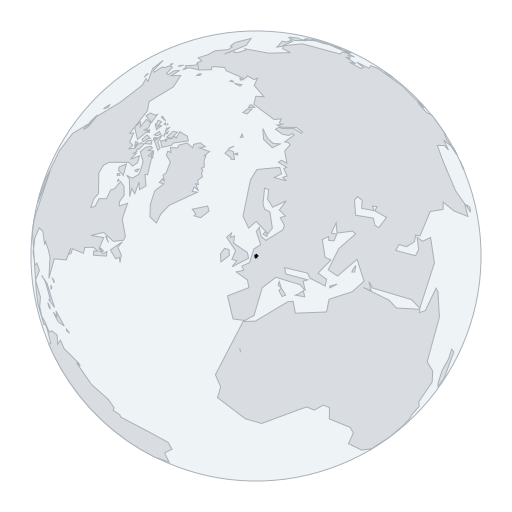 Antwerp highlighted on a globe, orthographic projection, rotated 341°
{"feature_id": "BEL-3480", "entity_name": "Antwerp", "entity_type": "Province", "adm_level": 1, "iso_a3": "BEL", "parent_name": "Belgium", "parent_adm1": "", "projection": "orthographic", "projection_center": [4.639, 51.244], "detail": "fine", "context": "on_globe", "style": "filled", "palette": "ink", "viewbox_px": 512, "rotation_deg": 341, "n_neighbors": 0, "source": "natural_earth", "source_scale": "10m", "svg_char_len": 11083}
<svg xmlns="http://www.w3.org/2000/svg" viewBox="0 0 512 512"><g transform="rotate(341 256 256)"><circle cx="256" cy="256" r="225" fill="#eef3f6" stroke="#a8b0b8"/><path d="M32.1,281.2L32.0,279.6L31.4,272.2L33.5,271.6L34.8,257.3L34.6,251.6L33.2,251.9L34.1,230.8L36.9,217.2L52.7,159.8L57.2,151.1L61.7,144.2L89.2,108.4L66.9,134.6L73.4,125.0L82.8,113.4L82.6,114.2L95.7,101.2L104.6,92.4L122.6,80.4L139.8,76.7L133.9,80.3L138.7,79.4L146.5,75.0L150.4,72.3L177.5,66.5L204.1,57.5L209.7,52.4L210.7,55.7L219.3,45.1L231.9,40.8L219.4,47.2L219.4,49.1L228.9,46.7L231.0,48.2L236.7,48.1L238.4,50.3L230.9,54.3L231.8,56.0L238.5,54.2L244.3,55.7L234.4,57.9L243.6,60.9L232.8,69.2L205.1,75.2L200.8,83.2L176.6,98.9L180.4,99.9L173.7,107.1L175.6,111.0L170.6,113.2L176.5,114.6L180.7,111.9L184.7,111.7L186.3,113.9L180.1,116.9L178.4,116.3L177.4,118.3L173.7,119.0L176.4,119.9L168.7,123.6L178.5,123.4L174.3,129.3L168.6,130.8L166.4,126.1L147.7,119.6L141.3,120.5L134.5,126.1L127.4,145.7L121.5,148.9L115.5,156.5L120.0,156.6L126.3,150.7L133.2,153.2L140.1,146.2L144.0,146.4L152.2,141.4L153.9,147.2L151.1,155.7L144.4,160.3L143.0,164.3L151.8,164.3L141.5,177.5L138.9,194.9L135.9,198.0L125.8,195.6L119.7,184.1L106.6,182.8L118.0,189.0L110.4,197.5L110.4,201.3L112.6,204.2L116.6,203.2L114.6,207.4L102.6,202.4L104.2,198.4L108.0,199.9L105.1,194.8L96.9,192.2L93.7,197.2L84.7,189.4L82.3,193.0L79.0,193.6L83.5,188.3L75.3,197.9L64.3,193.0L52.9,209.7L60.9,190.0L61.7,181.9L61.7,173.9L59.8,176.5L62.5,163.6L60.3,158.7L52.7,167.0L46.4,180.1L44.0,192.9L46.5,191.4L46.5,199.4L39.7,206.9L38.8,224.6L35.0,233.5L33.8,243.5L35.0,249.9L35.7,260.6L38.6,260.2L42.2,266.0L39.8,274.7L43.7,271.9L44.4,281.1L53.0,298.6L51.7,299.2L58.6,323.9L69.8,343.7L72.4,353.4L70.7,355.4L75.5,361.7L75.6,364.2L98.0,388.0L112.2,403.6L113.7,411.4L105.5,412.4L106.7,422.7L94.3,412.8L95.0,413.6L83.9,401.3L73.6,388.3L64.4,374.5L56.2,360.1L49.1,345.1L43.1,329.6L38.3,313.8L34.6,297.6L32.1,281.2ZM49.5,214.0L48.7,239.1L46.0,230.0L47.1,230.5L47.9,223.0L48.5,211.8L47.0,204.5L49.5,214.0ZM56.3,213.5L56.1,209.9L56.7,212.8L56.3,213.5ZM151.8,71.0L146.4,74.8L138.6,78.5L142.9,75.1L151.8,71.0ZM166.9,65.3L164.9,67.2L159.7,67.3L162.5,66.2L166.9,65.3ZM213.2,48.7L208.4,50.4L212.3,48.3L213.2,48.7ZM237.2,47.7L237.9,46.8L240.6,47.2L237.2,47.7ZM150.7,138.6L151.4,140.0L149.5,140.2L150.7,138.6ZM153.6,135.3L150.9,134.6L151.8,132.9L153.5,133.4L153.6,135.3ZM245.6,51.0L249.7,52.0L244.2,51.6L245.6,51.0ZM156.7,136.7L153.9,130.1L155.7,127.2L163.4,126.8L156.7,136.7ZM251.2,53.1L261.3,56.0L263.7,54.2L262.5,61.5L254.4,56.3L247.3,56.0L251.4,54.8L251.2,53.1ZM181.4,110.1L177.0,113.1L179.2,108.6L181.4,110.1ZM181.9,107.3L183.2,94.6L190.5,91.6L188.6,96.3L196.9,91.1L199.9,95.8L196.0,99.8L190.6,100.7L195.8,101.9L181.9,107.3ZM260.3,65.3L261.6,66.8L258.8,66.1L260.3,65.3ZM186.5,111.2L186.1,108.8L192.4,106.0L194.4,110.4L191.7,109.9L186.5,111.2ZM197.7,87.6L202.7,86.4L206.5,89.9L209.0,90.0L200.6,95.7L197.7,87.6ZM191.1,111.6L195.2,112.7L193.6,116.2L187.3,113.5L191.1,111.6ZM193.3,103.5L196.4,102.4L195.3,104.4L193.3,103.5ZM190.3,129.5L189.7,126.3L192.9,124.5L190.3,129.5ZM196.9,112.9L197.4,111.7L198.6,110.7L200.9,112.2L196.9,112.9ZM203.8,97.9L204.3,99.6L207.5,95.7L210.4,98.3L204.3,101.8L208.1,101.4L209.1,102.2L203.0,104.2L203.8,97.9ZM206.9,110.8L200.1,116.5L200.6,122.5L197.7,124.2L197.5,114.2L206.9,110.8ZM205.2,106.7L205.6,109.6L201.8,110.1L199.2,108.4L205.2,106.7ZM214.6,99.0L211.7,94.0L213.1,93.4L214.6,99.0ZM207.8,112.4L209.4,111.0L208.3,112.8L207.8,112.4ZM213.4,102.9L212.1,101.2L213.8,100.6L213.4,102.9ZM213.7,109.8L211.5,111.6L209.6,110.5L213.7,109.8ZM214.1,106.6L216.7,106.2L210.3,109.0L213.3,105.9L214.1,106.6ZM215.1,102.6L215.7,101.7L215.4,103.5L215.1,102.6ZM222.0,113.3L214.3,117.2L210.2,114.5L218.2,111.1L222.0,113.3ZM479.2,225.8L478.8,223.6L478.7,225.6L476.2,215.6L471.3,207.5L472.5,218.4L470.0,212.8L463.4,210.5L463.7,226.1L465.9,259.1L470.3,274.7L469.2,287.6L458.0,278.0L450.5,266.0L448.0,272.9L435.2,270.6L417.5,290.5L413.7,288.2L410.6,294.0L401.4,296.2L394.9,291.7L389.9,296.2L406.9,307.7L412.0,302.8L414.4,290.8L418.3,296.3L427.1,295.3L422.4,320.7L393.9,358.7L388.8,347.8L355.4,323.9L355.1,319.0L354.9,318.6L354.3,317.8L353.6,326.3L347.1,320.6L367.4,341.0L371.8,350.9L393.5,359.7L392.0,362.7L398.3,362.8L415.8,345.0L416.4,349.0L409.5,373.5L383.4,411.7L385.6,422.3L381.5,432.6L362.5,446.7L361.3,451.3L351.1,457.0L348.6,459.7L338.8,464.7L323.4,470.7L300.3,476.4L301.0,475.4L292.8,474.0L282.3,463.5L290.4,455.1L289.3,448.8L272.3,433.9L276.2,423.2L271.1,418.9L260.9,420.7L254.8,415.2L248.4,415.2L206.9,416.2L193.0,406.5L173.5,377.4L180.0,368.3L179.0,355.0L222.5,313.7L234.2,317.4L271.2,309.6L276.3,310.9L274.6,322.9L304.5,331.9L311.0,320.7L335.5,321.1L350.0,315.0L350.5,292.0L326.6,301.5L319.8,292.5L336.8,275.9L357.3,267.6L355.3,263.9L340.1,260.7L342.6,250.7L334.6,258.9L339.5,261.6L334.7,267.0L329.9,265.0L330.9,261.3L324.1,262.0L320.9,279.6L325.5,284.2L309.1,292.4L315.2,301.0L311.6,306.9L299.8,294.5L299.2,288.9L279.2,276.3L278.4,282.8L297.2,295.4L292.3,295.2L291.3,304.9L288.2,297.4L267.9,282.6L251.6,288.0L234.7,311.7L224.3,313.3L213.8,308.0L216.1,284.4L239.0,283.6L240.1,275.9L232.1,264.6L239.8,265.5L239.3,261.0L247.7,260.2L256.2,248.7L264.1,246.8L264.3,232.8L268.4,230.0L267.2,239.0L270.5,244.5L290.0,240.0L292.8,236.3L291.4,227.7L296.9,227.8L293.0,220.1L302.6,213.7L287.6,215.3L285.5,206.0L289.6,197.2L286.2,194.6L279.6,208.9L279.3,214.5L283.5,218.7L280.5,235.0L274.5,238.8L267.4,223.3L258.1,227.2L256.7,214.1L275.5,182.3L285.0,174.5L307.3,179.9L306.9,186.6L298.7,187.7L309.2,194.8L306.9,190.3L311.5,190.6L310.7,182.4L313.9,182.2L307.6,174.7L311.4,173.7L315.4,178.4L317.4,166.0L324.5,162.0L323.5,159.3L320.3,157.5L331.5,154.0L330.2,152.2L326.0,152.6L320.7,149.4L315.7,142.5L319.9,141.7L322.2,144.0L333.4,148.0L339.1,154.8L340.3,153.8L336.3,147.8L322.7,142.8L318.5,139.0L325.1,140.3L322.4,139.5L321.6,137.4L324.7,134.6L317.5,132.8L303.3,111.9L307.9,104.9L315.4,108.1L309.9,94.1L315.5,88.3L311.6,88.6L306.4,82.7L304.5,84.4L302.3,84.1L288.0,70.9L287.8,67.5L277.3,63.0L275.3,63.2L274.8,65.4L262.5,61.5L263.7,54.2L268.2,53.9L265.9,49.8L276.3,50.0L283.9,48.6L296.7,51.8L301.6,50.7L300.1,49.3L305.7,47.3L322.2,48.7L315.3,53.6L291.8,54.8L302.0,54.6L301.6,56.6L306.4,57.9L313.5,57.9L313.1,56.6L334.2,68.4L354.9,75.0L348.8,68.6L350.5,66.2L368.7,70.4L401.4,92.5L404.1,91.2L408.0,93.6L413.9,99.9L408.4,96.4L409.4,99.7L405.4,97.1L413.0,106.6L407.6,103.3L416.2,112.8L419.0,112.9L414.3,105.4L424.1,115.5L426.4,113.4L432.8,118.9L449.6,142.7L457.5,159.1L459.2,162.1L459.2,164.7L464.0,176.1L468.0,179.9L469.5,184.2L475.0,203.2L474.2,200.4L474.1,207.0L477.6,219.5L478.0,217.5L479.2,225.8ZM210.6,337.7L210.1,341.9L210.1,342.0L210.6,337.7ZM381.3,269.2L392.0,262.0L383.1,252.1L386.5,248.7L382.3,246.8L382.4,251.5L371.4,245.4L374.6,237.9L371.2,232.9L367.4,235.1L363.4,249.8L379.2,258.4L378.4,265.7L381.3,269.2ZM53.3,299.0L54.1,302.8L52.5,300.0L53.3,299.0ZM44.0,232.1L44.6,236.0L44.3,239.3L43.6,236.9L44.0,232.1ZM53.1,263.4L54.6,268.3L52.4,264.7L53.1,263.4ZM49.0,242.8L51.9,259.8L47.6,253.8L46.0,243.2L48.1,248.4L49.0,242.8ZM52.6,216.7L52.7,219.7L51.5,220.5L52.6,216.7ZM56.7,215.7L56.4,214.9L57.1,212.5L56.7,215.7ZM111.2,197.7L112.0,198.3L113.5,201.8L111.3,201.3L111.2,197.7ZM128.9,211.3L125.3,217.9L126.3,212.7L122.6,213.0L120.2,202.9L134.3,199.1L128.3,202.5L128.9,211.3ZM120.9,188.9L120.8,195.4L120.3,188.5L120.9,188.9ZM228.8,238.5L232.6,241.3L231.0,246.7L220.9,250.2L223.1,242.4L228.8,238.5ZM238.5,244.3L234.3,228.7L240.4,226.2L237.7,230.2L242.2,230.1L239.0,236.5L249.0,250.0L248.2,255.7L229.9,258.4L236.3,254.2L232.1,251.4L238.5,244.3ZM212.7,196.8L211.0,191.0L226.5,193.0L226.3,198.2L216.2,201.8L210.5,197.8L212.7,196.8ZM170.9,137.6L169.3,136.0L171.0,135.1L173.8,135.7L170.9,137.6ZM189.8,128.2L180.0,143.9L177.6,142.8L174.8,153.9L167.4,155.3L169.4,148.0L161.6,157.7L160.5,151.7L155.9,158.7L161.3,142.2L160.0,137.6L164.3,142.1L171.1,140.8L173.7,138.9L180.0,130.0L180.6,119.7L187.5,117.2L192.3,118.1L193.2,120.2L188.4,121.1L193.1,123.2L186.8,126.2L189.8,128.2ZM243.7,136.2L237.8,135.4L246.1,142.1L239.9,144.3L241.3,144.9L237.9,148.9L236.1,155.0L232.9,155.2L233.6,157.5L231.3,160.4L231.2,163.7L225.4,165.4L224.8,169.7L222.4,168.1L222.8,175.0L219.9,170.7L216.7,174.2L221.3,176.6L190.5,179.8L179.8,185.2L172.5,192.3L168.5,184.4L172.8,173.0L181.4,161.5L192.3,157.7L188.5,155.0L192.6,152.5L193.8,155.7L194.3,149.4L198.0,148.2L205.7,139.2L204.1,131.4L206.9,128.1L209.3,130.6L210.4,125.6L217.0,128.3L219.1,126.1L227.7,126.7L231.3,133.1L233.4,130.2L240.1,130.8L243.7,136.2ZM224.4,113.7L230.1,120.4L229.5,125.1L214.7,122.2L211.9,123.8L202.4,122.6L203.4,115.9L206.1,116.9L208.8,116.2L207.4,118.6L210.6,116.3L214.3,117.6L217.9,116.2L218.8,118.7L224.4,113.7ZM280.5,305.8L284.1,305.7L289.4,304.2L288.8,310.5L280.5,305.8ZM266.4,296.0L269.5,294.8L271.3,302.6L267.5,302.8L266.4,296.0ZM269.6,287.8L269.5,294.2L267.4,290.9L269.6,287.8ZM269.8,237.6L272.9,236.0L273.8,237.9L272.8,241.2L269.8,237.6ZM267.1,157.8L263.8,156.3L264.3,154.9L260.1,148.7L264.3,146.7L268.5,149.8L267.1,157.8ZM347.3,297.4L344.1,303.3L341.4,302.3L343.1,300.4L347.3,297.4ZM315.7,308.5L323.7,309.0L315.5,310.2L315.7,308.5ZM271.0,154.7L268.8,152.3L272.3,152.8L271.0,154.7ZM267.2,145.1L271.1,145.1L264.3,145.8L267.2,145.1ZM411.9,411.1L393.9,433.0L385.6,438.6L386.3,436.2L394.5,425.0L404.9,415.7L410.6,407.8L411.9,411.1ZM480.8,241.1L480.2,240.5L480.1,234.4L480.0,232.4L480.8,241.1ZM470.9,275.3L474.1,279.4L473.1,284.5L470.9,275.3ZM461.5,165.8L463.3,170.9L462.2,169.2L459.2,161.7L461.5,165.8ZM437.7,124.0L441.8,129.0L443.6,131.5L442.4,130.4L437.7,124.0ZM304.0,137.7L305.2,148.3L308.9,155.2L315.3,157.9L306.7,159.0L301.1,148.2L304.0,137.7ZM303.0,115.0L297.3,113.2L299.3,111.3L300.9,111.5L303.0,115.0ZM299.9,115.8L293.7,118.8L290.3,116.0L295.8,114.2L299.9,115.8ZM282.6,136.2L282.6,139.4L279.8,138.8L282.6,136.2ZM404.6,88.0L402.5,86.8L398.8,83.4L401.3,85.1L404.6,88.0ZM384.9,72.2L397.1,82.1L406.6,90.9L405.9,89.6L412.1,94.7L410.7,94.8L400.7,86.2L394.3,80.2L389.0,76.9L381.6,71.5L376.5,69.5L371.9,66.8L374.5,66.9L384.9,72.2ZM374.5,69.0L362.9,64.9L358.0,60.2L359.5,60.1L366.8,63.8L369.0,66.0L374.5,69.0ZM358.7,62.6L360.6,64.9L347.7,66.1L343.8,65.3L351.0,61.3L353.3,63.2L357.3,63.9L358.7,62.6ZM263.5,66.0L261.8,66.7L262.0,65.3L263.5,66.0ZM301.4,85.2L298.4,84.6L298.7,82.7L301.4,85.2ZM290.2,82.0L291.9,84.5L288.3,82.2L290.2,82.0ZM296.1,90.2L291.8,85.7L298.4,89.5L296.1,90.2Z" fill="#d9dde1" stroke="#a8b0b8" stroke-width="1"/><path d="M256.3,255.0L256.5,255.1L256.4,255.2L256.4,255.3L256.5,255.4L256.8,255.3L256.9,255.2L257.0,255.1L257.1,255.3L257.1,255.5L257.3,255.7L257.4,255.8L257.5,255.9L257.4,256.0L257.5,256.2L257.5,256.4L257.4,256.4L257.3,256.5L257.2,256.5L256.9,256.7L256.8,256.8L256.7,256.8L256.4,256.9L256.2,256.9L256.1,257.0L256.2,256.9L255.9,256.9L255.9,257.0L255.8,256.9L255.7,257.0L255.6,256.9L255.6,257.0L255.5,256.9L255.4,257.0L255.4,256.9L255.2,256.8L254.9,256.8L254.9,256.7L255.0,256.5L255.2,256.4L255.2,256.2L255.1,255.9L255.1,255.7L255.3,255.6L255.5,255.5L255.4,255.5L255.4,255.4L255.4,255.2L255.5,255.1L255.7,255.3L255.8,255.3L256.0,255.3L256.2,255.1L256.3,255.0Z" fill="#0f172a" stroke="#020617" stroke-width="1.5"/></g></svg>